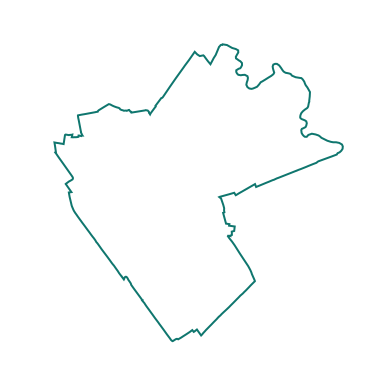 Potlogi, Dâmbovita, Romania (Mercator projection), rotated 188°
{"feature_id": "2599482B54531699533489", "entity_name": "Potlogi", "entity_type": "district", "adm_level": 2, "iso_a3": "ROU", "parent_name": "Romania", "parent_adm1": "Dâmbovita", "projection": "mercator", "projection_center": [25.597, 44.573], "detail": "fine", "context": "isolated", "style": "outline", "palette": "teal", "viewbox_px": 384, "rotation_deg": 188, "n_neighbors": 0, "source": "geoboundaries", "source_scale": "gbopen_adm2", "svg_char_len": 5792}
<svg xmlns="http://www.w3.org/2000/svg" viewBox="0 0 384 384"><g transform="rotate(188 192 192)"><path d="M182.2,342.5L182.4,341.9L183.2,341.9L183.6,341.7L183.9,341.6L184.2,341.3L184.7,340.4L185.0,340.0L185.4,339.5L187.6,331.0L189.2,327.5L189.9,325.5L191.5,321.1L194.5,323.8L196.7,326.0L198.9,328.3L199.8,328.9L203.2,327.7L206.0,329.0L208.8,331.2L209.7,329.4L213.3,322.3L216.7,316.1L217.0,315.5L217.5,314.5L224.0,302.1L228.5,293.2L230.7,288.7L233.9,282.2L234.5,281.2L235.5,280.7L239.1,274.2L240.2,272.2L239.8,271.6L240.7,270.1L243.9,264.2L244.3,263.0L244.8,263.6L245.6,264.4L245.9,265.5L247.2,266.5L249.3,266.6L249.8,266.3L263.0,262.2L263.3,262.9L263.8,262.8L264.5,263.4L265.1,263.9L265.7,264.5L266.4,264.3L266.8,263.9L267.3,263.6L268.0,263.3L268.5,263.5L269.5,263.3L270.8,263.0L271.4,263.2L272.1,263.3L272.9,263.4L273.5,263.5L274.6,263.9L275.3,264.7L276.3,265.1L278.6,265.4L280.9,265.9L282.7,266.4L285.1,267.3L285.9,267.4L286.7,267.4L287.4,266.8L291.0,263.9L295.7,260.0L296.3,259.3L296.5,258.4L297.8,258.0L299.1,257.5L309.0,254.2L312.2,253.2L315.4,252.1L315.6,252.0L315.5,251.3L315.3,250.7L315.0,249.6L314.1,247.2L313.3,244.8L310.4,236.3L310.3,236.2L310.2,235.4L309.5,234.5L309.0,233.5L308.4,232.8L308.8,232.8L309.0,232.5L309.2,232.0L310.0,232.0L310.6,232.1L311.5,232.2L312.2,232.1L312.1,230.9L312.6,230.6L314.6,230.1L315.5,230.0L316.2,229.9L316.5,229.8L317.2,229.7L318.7,229.5L318.5,231.6L318.5,232.2L319.4,231.8L321.1,231.5L321.7,231.3L321.8,231.2L325.0,231.3L325.3,231.2L325.7,230.7L325.8,221.6L327.3,221.7L328.9,221.7L330.4,221.8L332.5,221.8L335.1,221.9L333.8,217.7L333.0,214.9L332.3,212.5L332.8,212.4L333.0,212.2L331.3,210.5L330.6,209.7L329.7,208.7L328.4,207.3L322.8,201.4L314.8,192.9L313.3,191.3L312.1,189.9L311.9,189.4L311.8,188.7L311.9,188.3L312.1,187.8L312.6,187.4L313.9,186.3L315.2,185.4L318.1,182.5L318.2,182.4L318.1,182.2L317.7,181.9L311.4,175.1L312.3,174.8L312.6,174.7L313.0,174.6L313.6,174.5L313.9,174.4L312.5,170.1L310.0,163.7L309.3,161.9L308.9,161.1L307.1,158.1L306.4,157.0L304.8,155.1L302.5,152.7L301.9,152.0L296.2,146.1L295.7,145.6L293.5,143.4L290.2,140.0L287.9,137.7L286.1,135.8L284.0,133.7L282.9,132.7L280.9,130.6L280.4,129.9L279.7,129.0L278.8,128.3L277.7,127.2L273.4,122.6L272.9,122.1L271.4,120.6L269.0,118.2L267.2,116.4L266.6,115.8L263.5,112.6L261.8,110.8L260.7,109.7L259.7,108.8L259.2,108.4L258.0,107.1L256.6,105.6L254.4,103.3L252.9,101.5L249.1,97.7L249.1,97.8L247.3,95.9L247.0,96.8L246.9,97.7L246.8,98.0L246.4,98.5L246.0,98.8L245.6,98.9L245.2,98.8L244.8,98.6L244.2,98.1L243.9,97.7L243.2,96.8L243.0,96.4L240.7,93.9L239.8,92.8L239.3,91.6L236.2,88.3L228.1,80.0L226.1,77.9L225.8,77.9L225.8,77.5L226.0,77.4L224.2,75.8L223.8,75.5L223.5,75.1L223.3,74.9L223.0,74.5L222.1,73.5L221.2,72.5L217.4,68.6L215.5,66.6L214.6,65.7L211.2,62.1L209.3,60.2L207.1,58.0L206.1,56.9L204.7,55.5L200.9,51.6L197.0,47.5L195.3,45.8L194.7,45.2L194.2,44.7L193.6,44.1L192.4,42.8L192.0,42.4L191.6,42.2L191.3,42.0L190.7,41.6L190.4,41.6L190.2,41.7L188.4,43.3L187.1,44.3L186.7,44.4L186.2,44.5L185.7,44.4L185.4,44.3L185.2,44.2L182.5,46.3L180.8,47.8L178.1,50.1L174.7,53.1L172.5,55.3L170.8,53.7L170.2,54.2L168.0,56.5L163.0,51.2L162.1,52.4L161.3,53.8L159.7,56.1L159.0,57.2L157.8,58.8L155.3,62.2L154.6,63.1L152.3,66.3L149.9,69.5L149.3,70.4L149.1,70.8L148.8,71.1L148.4,71.7L148.2,72.2L147.8,72.4L147.1,73.3L146.5,74.0L146.0,74.8L145.3,75.7L143.7,77.7L142.7,78.9L139.1,83.4L138.1,84.8L135.9,87.7L133.3,91.2L132.6,92.2L132.4,92.4L130.2,95.4L130.1,95.6L129.9,95.9L128.4,97.6L127.6,98.5L126.6,99.9L126.1,100.6L125.5,101.3L124.3,102.9L123.6,103.9L122.5,105.4L120.9,107.7L118.4,111.0L118.2,111.3L117.6,112.0L117.3,112.5L118.0,113.8L121.3,119.1L121.8,120.2L122.3,121.1L123.5,123.0L126.0,126.4L131.6,132.7L136.1,137.8L142.4,145.2L145.4,148.4L148.6,151.4L150.3,153.2L150.1,153.7L149.7,153.7L148.6,153.7L148.7,153.8L146.6,154.9L146.5,155.0L147.1,158.3L144.8,159.3L144.9,163.8L147.8,163.8L150.6,163.8L150.5,165.4L153.9,165.4L158.3,175.7L157.1,176.4L157.7,178.3L157.9,180.4L159.2,183.5L162.3,189.6L164.3,190.8L164.0,191.0L159.6,192.9L155.2,194.8L150.1,197.1L148.2,194.9L147.9,195.1L145.5,197.1L130.7,208.6L129.2,205.9L127.7,206.8L126.3,207.6L119.7,211.5L117.4,212.8L115.9,213.7L113.7,215.0L112.4,215.6L111.1,216.5L110.0,217.2L109.7,217.4L109.3,217.6L108.5,218.0L97.2,224.4L89.3,228.9L87.4,229.9L85.3,231.1L82.0,233.0L80.7,233.8L76.0,236.5L72.9,238.2L72.8,238.3L72.4,238.7L72.1,239.1L71.8,239.4L71.1,240.0L69.2,241.0L58.3,246.8L54.3,249.0L53.9,249.2L53.2,250.7L51.4,251.8L49.9,253.6L48.9,255.7L49.0,258.1L50.1,259.9L53.0,261.1L56.1,261.3L59.1,260.9L61.5,261.0L65.1,261.6L69.3,263.0L71.4,263.7L72.8,264.7L74.5,265.6L77.7,266.2L79.8,266.3L81.4,266.4L84.7,264.7L86.1,262.6L88.0,262.4L89.1,263.0L90.5,264.2L91.7,265.8L92.4,268.5L92.0,269.8L90.5,270.7L88.6,272.1L88.1,273.6L87.9,276.1L88.7,277.9L90.3,278.7L93.6,279.5L94.8,280.2L95.3,281.1L95.3,283.1L94.8,285.2L93.5,287.3L91.8,289.2L89.5,291.3L88.9,292.7L88.7,296.7L88.4,297.7L88.6,298.4L88.7,303.0L89.1,307.4L92.3,311.6L94.2,313.5L95.2,315.0L96.2,316.9L98.0,318.9L99.5,320.0L101.7,320.0L105.4,320.1L109.1,321.1L110.8,322.6L112.4,322.9L113.9,323.0L116.0,323.1L118.0,324.0L119.2,325.1L121.2,327.4L123.3,329.5L125.7,330.7L127.5,330.5L129.2,329.5L129.6,327.6L129.1,325.8L128.2,323.7L127.2,321.6L127.8,320.0L129.6,318.1L132.4,315.8L135.1,313.5L137.9,311.2L139.2,310.3L140.6,307.7L142.2,305.3L144.2,304.0L146.1,302.9L147.5,302.4L149.7,302.5L151.7,303.6L153.1,305.7L153.0,308.1L152.5,310.6L152.5,312.8L153.2,314.4L156.0,315.4L158.4,314.9L159.9,314.4L162.5,314.5L164.0,315.7L164.9,317.1L165.1,318.7L163.0,320.5L161.4,321.3L160.7,322.7L160.1,324.6L160.5,326.7L162.3,328.2L163.9,328.8L165.7,329.8L167.0,330.4L167.4,331.9L166.7,333.9L165.6,336.6L166.0,338.7L168.6,339.7L172.2,340.2L174.8,341.2L177.8,342.4L181.7,342.5L182.2,342.5Z" fill="none" stroke="#0f766e" stroke-width="2"/></g></svg>